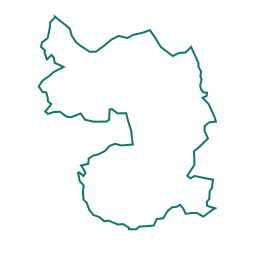 outline of Karamoullides, Paphos, Cyprus, rotated 278°
{"feature_id": "46923920B15224783419996", "entity_name": "Karamoullides", "entity_type": "district", "adm_level": 2, "iso_a3": "CYP", "parent_name": "Cyprus", "parent_adm1": "Paphos", "projection": "orthographic", "projection_center": [32.433, 35.012], "detail": "fine", "context": "isolated", "style": "outline", "palette": "teal", "viewbox_px": 256, "rotation_deg": 278, "n_neighbors": 0, "source": "geoboundaries", "source_scale": "gbopen_adm2", "svg_char_len": 1830}
<svg xmlns="http://www.w3.org/2000/svg" viewBox="0 0 256 256"><g transform="rotate(278 128 128)"><path d="M27.9,142.9L28.8,150.0L31.9,153.0L33.5,160.4L35.0,167.0L41.9,169.2L43.5,175.5L48.1,177.3L51.9,179.3L55.6,182.7L56.6,186.9L59.2,190.1L56.1,193.8L51.1,197.0L53.0,204.3L53.4,208.2L50.7,214.9L58.3,222.5L60.6,225.4L61.9,217.2L66.1,216.3L68.8,218.4L76.6,217.7L80.6,219.5L87.6,219.4L88.7,219.3L89.1,209.9L89.7,200.5L86.8,196.9L88.9,193.4L100.9,199.0L106.0,198.0L108.4,197.7L114.1,196.5L117.3,199.5L119.6,201.6L128.7,208.6L136.1,204.1L140.9,203.7L145.0,207.9L146.5,214.2L149.3,212.9L151.1,212.1L155.3,209.4L163.0,204.5L168.3,197.7L170.6,201.3L173.9,201.4L173.9,197.5L176.8,194.7L180.4,193.5L186.0,194.2L188.9,192.6L194.2,192.4L198.5,189.2L202.0,188.8L202.2,188.7L217.1,179.2L210.7,174.5L209.5,168.3L205.5,162.3L212.7,149.3L221.2,142.3L227.9,136.1L224.1,128.7L220.9,120.1L217.0,114.6L217.9,105.8L213.2,99.3L205.5,92.2L199.1,85.7L198.1,79.5L203.5,68.1L205.7,64.6L211.8,59.3L218.3,56.6L228.1,40.2L227.5,40.4L221.9,36.3L215.8,36.6L205.8,35.9L200.9,30.9L196.2,30.6L193.3,35.0L191.0,34.9L184.6,38.1L189.7,42.1L187.1,44.9L182.3,46.4L179.5,55.7L172.9,46.4L168.4,42.6L163.0,36.8L156.9,33.8L151.8,38.3L151.9,42.1L147.1,44.2L143.0,45.2L141.2,48.5L138.6,47.4L132.8,43.7L130.8,46.9L133.5,52.2L134.6,58.5L132.6,62.0L130.6,65.8L130.8,70.2L135.8,79.2L130.2,84.3L129.5,93.3L131.3,105.5L133.5,108.2L143.7,107.2L144.5,109.4L141.0,115.6L142.4,124.1L135.6,126.9L125.5,131.6L112.3,135.0L109.8,124.0L110.5,117.3L107.7,112.3L102.0,108.3L97.7,102.3L96.0,97.6L92.2,93.3L87.0,93.6L84.3,86.7L82.1,88.9L77.6,92.1L74.2,90.6L77.3,85.9L76.6,84.8L68.5,87.7L65.0,92.1L59.3,92.2L50.9,93.9L48.4,97.4L45.9,98.7L41.2,101.3L37.0,106.0L35.9,111.8L32.4,117.5L33.5,121.8L31.0,131.5L32.2,136.4L29.5,142.7L27.9,142.9Z" fill="none" stroke="#0f766e" stroke-width="2"/></g></svg>